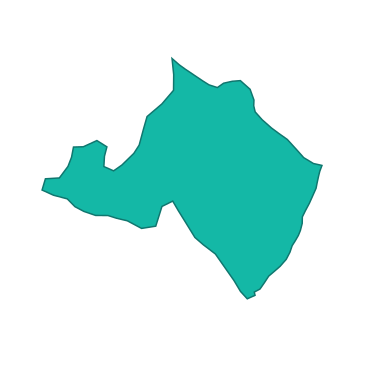 Trypimeni, Cyprus, rotated 55°
{"feature_id": "46923920B43934732420538", "entity_name": "Trypimeni", "entity_type": "district", "adm_level": 2, "iso_a3": "CYP", "parent_name": "Cyprus", "parent_adm1": "", "projection": "natural_earth1", "projection_center": [33.639, 35.301], "detail": "fine", "context": "isolated", "style": "filled", "palette": "teal", "viewbox_px": 384, "rotation_deg": 55, "n_neighbors": 0, "source": "geoboundaries", "source_scale": "gbopen_adm2", "svg_char_len": 1193}
<svg xmlns="http://www.w3.org/2000/svg" viewBox="0 0 384 384"><g transform="rotate(55 192 192)"><path d="M71.2,131.8L85.4,139.7L98.1,148.8L102.6,166.2L104.4,185.5L112.5,195.5L123.3,208.4L127.0,217.5L129.7,234.0L129.7,244.1L120.6,249.6L112.5,243.2L106.2,235.8L95.3,240.4L92.6,255.1L87.2,263.3L94.4,270.7L99.9,278.9L104.4,292.6L97.1,304.5L104.4,313.7L115.2,307.3L126.1,298.1L136.9,296.3L145.9,291.7L155.9,284.4L163.1,274.3L170.3,268.8L178.5,261.5L192.9,254.2L199.2,241.3L186.6,224.9L188.4,213.0L199.2,213.9L215.5,214.8L230.9,215.7L241.7,213.0L256.2,208.4L267.9,208.4L277.8,208.4L288.7,208.4L301.3,209.3L311.2,208.0L312.8,199.6L309.7,198.4L310.5,192.0L307.9,184.9L304.9,177.4L304.2,169.9L303.4,162.4L301.2,153.4L297.5,146.3L293.4,140.7L291.2,135.4L288.6,129.8L285.7,125.3L280.9,119.7L275.7,115.9L272.4,109.9L268.6,102.4L264.6,95.7L260.1,88.2L256.4,84.4L251.6,79.2L248.3,75.4L244.8,70.3L244.3,70.7L238.3,76.2L227.9,80.8L217.5,82.0L203.6,83.8L193.8,87.3L185.1,90.2L173.0,93.1L162.6,94.3L156.8,92.0L152.2,88.5L141.2,85.5L128.5,88.5L124.4,95.5L121.0,103.7L121.0,111.3L114.0,116.6L107.1,119.5L99.6,122.4L87.4,127.1L80.5,129.5L71.2,131.8Z" fill="#14b8a6" stroke="#0f766e" stroke-width="1.5"/></g></svg>